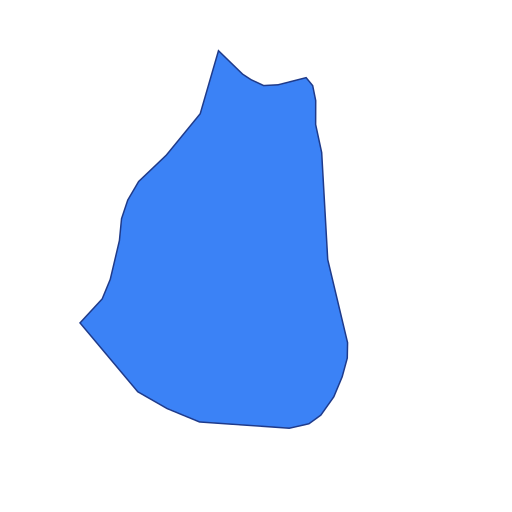 the Union Territory of Chandigarh, rotated 212°
{"feature_id": "IND-2427", "entity_name": "Chandigarh", "entity_type": "Union Territory", "adm_level": 1, "iso_a3": "IND", "parent_name": "India", "parent_adm1": "", "projection": "equal_earth", "projection_center": [76.773, 30.736], "detail": "fine", "context": "isolated", "style": "filled", "palette": "blue", "viewbox_px": 512, "rotation_deg": 212, "n_neighbors": 0, "source": "natural_earth", "source_scale": "10m", "svg_char_len": 539}
<svg xmlns="http://www.w3.org/2000/svg" viewBox="0 0 512 512"><g transform="rotate(212 256 256)"><path d="M284.3,78.2L369.8,106.0L363.7,138.1L367.2,158.9L380.0,196.7L389.8,216.4L394.4,235.5L395.0,257.0L385.5,294.0L378.7,347.1L396.6,410.2L363.7,403.1L353.5,402.9L339.8,404.6L328.0,412.9L308.0,433.8L298.2,430.5L287.7,419.4L275.1,399.1L255.1,378.5L193.3,291.0L132.4,231.0L124.5,217.8L118.9,199.2L115.4,177.8L116.7,155.4L122.2,141.8L136.5,127.6L216.0,85.3L250.5,79.5L284.3,78.2Z" fill="#3b82f6" stroke="#1e3a8a" stroke-width="1.5"/></g></svg>